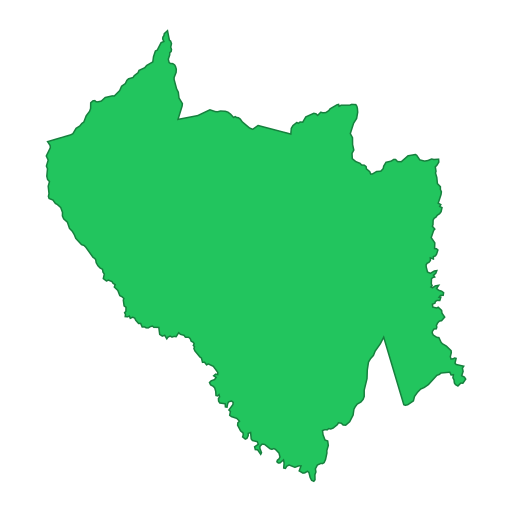 the district of Paraúna, Goiás, Brazil
{"feature_id": "56859067B65440720540054", "entity_name": "Paraúna", "entity_type": "district", "adm_level": 2, "iso_a3": "BRA", "parent_name": "Brazil", "parent_adm1": "Goiás", "projection": "natural_earth1", "projection_center": [-50.607, -17.053], "detail": "fine", "context": "isolated", "style": "filled", "palette": "green", "viewbox_px": 512, "rotation_deg": 0, "n_neighbors": 0, "source": "geoboundaries", "source_scale": "gbopen_adm2", "svg_char_len": 6026}
<svg xmlns="http://www.w3.org/2000/svg" viewBox="0 0 512 512"><path d="M457.9,386.0L460.8,383.1L462.9,383.2L465.7,379.1L464.4,377.1L461.7,375.7L463.1,371.4L462.4,368.2L463.7,366.2L456.2,364.5L455.0,363.2L456.1,358.4L454.6,358.0L453.1,358.8L451.0,359.0L450.3,356.7L451.3,352.6L451.1,350.7L446.4,346.1L442.3,343.7L441.0,342.2L438.9,337.6L436.7,337.3L433.3,335.1L432.2,332.9L432.5,331.1L434.0,329.0L436.3,328.8L436.8,327.1L436.4,325.4L437.8,322.7L439.4,321.1L441.6,320.7L444.7,317.1L442.0,313.2L441.6,310.4L438.2,307.2L436.7,308.0L432.8,307.1L432.4,304.2L434.9,303.2L435.4,301.5L437.1,300.4L439.8,300.5L440.8,297.3L439.1,297.2L440.5,295.4L443.2,295.3L443.6,292.7L441.6,291.2L438.7,290.3L436.6,288.5L438.7,285.3L435.3,285.9L432.5,287.8L430.9,287.0L432.1,285.7L431.3,283.8L431.5,278.7L432.7,277.6L434.7,277.0L433.5,275.2L435.7,273.4L436.8,270.6L434.3,271.0L430.4,273.3L427.5,272.0L426.2,266.9L426.1,264.8L427.2,263.2L428.9,262.4L430.4,260.5L430.3,257.9L433.4,259.0L433.4,256.6L435.4,255.9L436.5,254.3L437.9,250.0L436.4,248.7L434.6,248.6L434.8,242.9L431.2,237.6L433.7,230.3L434.8,229.1L432.4,226.3L433.0,224.5L433.1,220.2L434.1,218.3L436.0,217.1L437.2,215.3L439.6,213.7L441.1,211.7L442.0,207.6L439.7,206.5L440.8,204.6L438.2,203.2L441.0,194.6L441.4,191.8L440.4,189.5L440.4,186.7L437.4,183.6L436.8,177.5L435.5,173.0L436.0,171.3L435.3,166.8L436.8,165.4L438.8,162.1L438.6,159.2L433.9,159.5L431.6,159.0L428.0,160.5L424.6,161.1L419.8,159.9L416.7,155.3L415.4,154.5L408.0,155.8L401.3,161.7L397.6,161.6L395.6,159.5L393.8,159.4L391.2,161.1L386.0,162.3L383.7,166.1L383.2,168.6L380.8,171.2L376.6,171.5L372.6,173.9L370.7,174.1L369.7,171.6L366.4,168.9L366.1,166.6L364.3,165.2L361.6,165.0L360.0,163.3L355.8,161.6L352.3,158.7L352.0,153.4L353.8,150.0L352.6,144.6L352.5,137.7L350.3,133.6L353.6,123.2L356.6,118.5L357.7,112.2L357.4,108.5L356.9,106.4L355.8,104.6L351.6,104.4L349.8,105.2L341.2,105.2L339.1,106.3L338.6,104.4L337.0,104.8L330.1,108.8L328.8,110.6L325.8,112.6L322.8,112.8L320.8,112.2L317.6,115.4L316.0,113.8L313.8,113.3L305.8,116.9L302.7,122.2L300.1,122.0L298.3,123.3L296.8,122.5L293.0,125.5L291.3,128.3L290.8,134.1L258.1,125.5L252.7,129.3L249.4,127.9L242.2,121.8L240.3,119.1L238.4,117.7L236.6,117.5L235.2,116.6L233.6,117.5L230.6,114.2L228.0,112.2L225.4,111.3L220.5,111.0L217.5,111.8L215.3,111.6L209.9,109.8L197.7,115.6L178.0,119.4L182.1,106.1L182.4,103.6L179.0,98.0L178.3,92.2L176.6,88.9L174.1,79.5L174.1,77.5L176.1,72.4L176.3,69.2L175.5,66.5L174.6,64.9L172.7,63.6L170.4,63.5L169.1,62.5L168.3,59.2L169.7,55.0L169.8,52.5L171.1,51.6L171.5,49.6L170.7,47.1L171.5,43.7L170.6,41.1L169.4,40.2L167.5,30.7L164.3,33.6L163.9,35.7L162.9,37.1L162.7,39.0L163.9,41.5L161.1,42.6L157.2,50.2L155.4,51.0L153.5,56.7L152.8,61.9L146.6,65.5L144.8,67.7L139.0,70.4L138.0,72.8L134.3,75.6L133.1,77.5L128.5,78.8L126.9,80.3L125.3,83.6L121.6,86.2L119.7,90.6L114.3,96.0L112.2,95.9L105.2,97.5L101.3,101.1L97.5,101.9L96.0,101.7L94.8,100.6L93.0,100.8L90.7,102.8L90.6,108.5L89.6,111.3L86.2,115.8L83.8,122.1L81.9,123.4L79.8,126.0L76.1,128.3L72.9,133.7L70.8,134.8L47.6,141.6L50.2,145.6L50.3,147.8L46.3,156.0L48.2,160.1L46.4,166.1L47.5,168.7L46.8,176.2L47.6,179.5L49.5,181.6L48.2,186.2L49.0,193.6L48.4,196.4L49.1,198.5L52.9,200.0L55.4,203.5L57.2,204.4L60.7,207.5L62.5,212.4L62.4,215.9L63.7,218.9L67.4,222.2L69.5,228.4L72.3,231.3L74.3,234.7L75.8,238.4L81.5,244.6L84.1,245.5L85.8,247.2L93.0,257.3L94.8,258.5L95.7,259.8L96.2,262.7L97.9,265.7L100.1,268.0L102.5,269.3L103.0,272.2L104.3,274.0L103.3,278.6L106.5,281.0L108.4,280.1L112.0,281.6L113.1,283.4L115.2,284.6L114.3,287.0L117.8,290.4L119.8,295.6L122.1,296.8L123.9,298.5L123.3,300.1L124.1,305.9L126.0,307.3L125.9,311.3L124.6,312.7L125.5,314.4L125.2,316.6L127.6,316.8L129.4,316.1L130.3,318.3L132.7,317.2L134.7,318.1L135.7,320.2L138.6,323.5L140.6,323.4L142.2,327.0L144.6,326.9L146.0,327.8L148.2,327.9L150.4,326.6L152.5,326.1L153.8,327.3L158.8,327.4L159.7,334.4L162.3,336.1L164.7,335.3L166.8,338.8L167.9,337.2L170.1,336.1L172.0,337.1L174.1,336.4L176.1,336.7L178.7,332.7L180.4,334.3L184.0,335.3L185.4,337.2L188.7,337.3L190.2,338.6L191.2,341.2L193.1,342.2L194.2,343.7L193.3,345.4L194.5,346.7L193.9,348.5L194.9,350.9L200.0,357.1L201.4,358.0L202.5,362.3L204.5,362.2L206.6,364.9L208.2,363.9L213.3,366.3L217.8,372.4L217.7,374.6L215.7,374.1L213.7,375.8L216.1,377.4L214.5,379.6L211.2,380.8L209.5,382.5L210.6,384.9L213.1,386.2L214.7,387.9L215.7,391.2L216.0,395.5L217.6,395.9L219.0,394.6L219.6,396.9L218.4,398.6L218.6,401.1L219.8,403.0L225.2,403.8L225.4,406.9L227.0,407.2L227.7,403.6L228.6,401.9L231.5,401.0L233.2,402.4L232.9,404.6L228.9,410.0L230.4,411.5L229.7,415.3L231.4,416.6L236.8,418.4L239.5,421.2L237.9,422.7L237.6,425.2L240.6,430.9L243.1,433.0L243.2,435.1L242.6,436.9L245.3,439.1L246.9,438.4L248.2,435.7L248.2,433.4L250.6,432.5L251.2,438.9L252.4,440.5L257.3,441.7L258.3,444.3L254.6,446.8L255.3,449.6L257.6,449.8L260.7,454.3L261.5,452.7L259.9,448.4L259.9,446.4L262.1,444.1L264.6,444.4L270.1,448.8L271.9,449.3L273.9,448.6L275.5,449.4L279.0,453.1L280.0,457.0L279.0,458.9L277.4,460.2L276.9,461.8L278.3,463.0L280.0,462.9L283.5,459.9L284.1,463.0L283.7,468.0L285.4,468.4L286.8,466.2L289.1,465.0L294.9,467.3L299.0,465.8L301.0,465.9L299.2,470.9L302.9,473.1L304.8,472.9L307.4,471.3L308.9,472.5L310.2,477.6L311.6,480.3L313.8,481.3L315.0,479.8L314.9,474.7L315.9,472.0L315.4,468.8L317.4,465.0L320.9,463.4L322.5,463.6L324.1,462.6L325.5,459.6L326.9,453.1L326.8,450.6L328.3,445.5L327.7,441.0L325.0,440.0L323.0,434.6L322.5,430.6L324.7,429.7L327.4,429.8L328.6,428.6L330.7,429.0L333.1,428.1L337.4,424.6L338.4,422.8L341.3,423.2L343.1,425.0L345.7,425.2L349.7,421.7L353.1,415.1L353.9,409.3L355.2,406.8L357.2,404.1L360.9,402.0L363.1,399.4L364.2,396.5L364.2,390.1L367.0,378.6L367.3,369.9L368.5,362.1L370.5,358.7L373.4,355.5L375.1,351.2L380.3,343.8L383.7,337.2L403.8,404.7L405.3,405.3L407.8,404.7L413.4,400.9L414.5,396.5L417.5,392.3L420.6,389.1L424.2,387.5L428.4,384.6L436.9,375.3L439.2,374.5L441.1,373.0L449.8,372.2L451.1,375.0L453.4,374.7L452.9,377.8L454.0,379.8L454.4,383.0L455.5,384.6L457.9,386.0Z" fill="#22c55e" stroke="#15803d" stroke-width="1.5"/></svg>